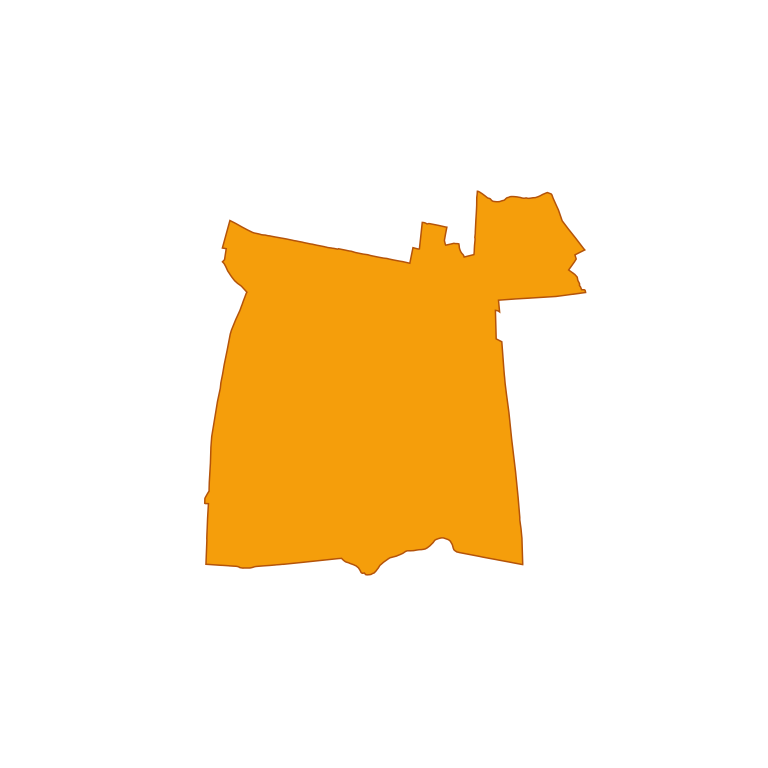 the district of Draguseni, Suceava, Romania, rotated 312°
{"feature_id": "2599482B30729987174468", "entity_name": "Draguseni", "entity_type": "district", "adm_level": 2, "iso_a3": "ROU", "parent_name": "Romania", "parent_adm1": "Suceava", "projection": "mercator", "projection_center": [26.522, 47.306], "detail": "fine", "context": "isolated", "style": "filled", "palette": "amber", "viewbox_px": 768, "rotation_deg": 312, "n_neighbors": 0, "source": "geoboundaries", "source_scale": "gbopen_adm2", "svg_char_len": 5427}
<svg xmlns="http://www.w3.org/2000/svg" viewBox="0 0 768 768"><g transform="rotate(312 384 384)"><path d="M176.3,423.9L177.4,424.8L180.4,427.7L181.1,428.3L182.5,429.6L182.6,429.8L195.4,441.4L203.4,448.6L223.4,466.6L225.8,468.9L226.0,469.1L225.9,471.9L226.1,474.1L226.2,474.5L226.4,475.1L227.3,477.0L227.5,477.4L227.6,477.9L228.1,479.3L229.3,482.2L230.2,485.2L230.2,486.5L230.3,487.8L230.0,489.1L229.5,490.9L228.8,492.6L228.6,493.2L228.7,493.9L228.8,494.5L230.0,495.6L230.4,495.9L230.2,496.9L230.2,497.1L230.1,498.0L230.9,499.2L232.7,500.9L233.7,501.7L235.7,502.4L237.0,503.1L239.6,503.2L241.6,503.0L243.3,502.9L246.0,502.4L246.4,502.3L247.8,502.5L251.2,502.9L254.8,503.7L256.6,504.1L258.5,504.6L258.8,504.7L264.6,508.5L265.6,508.9L268.0,510.1L270.8,511.3L274.1,512.1L275.6,512.9L275.7,513.0L278.2,515.7L280.0,517.5L281.0,518.3L282.1,519.1L283.8,520.5L285.0,521.6L285.7,522.4L287.5,523.9L288.3,524.5L289.0,525.0L290.4,525.5L290.6,525.6L291.3,525.8L292.4,526.0L294.6,526.4L299.2,526.6L300.0,526.5L301.8,526.3L303.0,526.6L305.7,528.0L307.2,529.0L307.7,529.4L308.0,529.6L308.6,530.2L309.4,531.2L310.0,532.6L310.6,534.0L311.4,536.0L311.6,537.6L311.5,538.7L310.3,542.3L308.3,545.4L307.6,546.9L307.6,547.7L307.6,548.4L307.9,550.1L307.9,550.5L308.4,551.3L308.9,552.2L309.0,552.5L319.7,570.2L321.3,573.0L326.0,580.7L328.6,584.9L329.6,586.6L331.2,589.2L336.4,597.7L337.7,599.9L342.6,607.9L343.0,607.6L345.7,605.0L355.4,595.7L361.7,589.7L362.5,588.8L363.5,587.7L368.1,582.7L373.9,575.8L375.7,574.2L389.5,559.5L406.8,540.5L428.5,515.7L446.5,495.8L452.2,489.1L458.3,481.9L465.4,473.7L466.7,472.3L469.6,469.2L471.2,467.4L474.5,463.9L494.2,443.3L492.6,437.2L493.2,436.6L513.3,417.5L514.3,419.1L514.7,420.0L514.9,421.7L522.9,413.0L535.3,424.9L543.1,432.6L564.1,453.2L586.9,472.6L587.5,471.8L587.7,471.5L588.0,471.1L588.2,470.5L588.1,469.9L586.3,467.7L587.6,465.2L588.0,463.5L588.3,463.0L589.2,462.5L589.7,461.4L590.7,458.7L592.7,456.1L593.1,452.5L592.3,444.9L602.2,443.8L605.5,443.2L607.7,439.5L609.6,440.2L614.2,442.0L618.0,443.5L618.1,442.4L618.3,441.2L620.6,428.9L622.6,417.0L624.5,407.2L630.0,397.3L632.1,392.4L635.2,385.4L636.9,382.2L637.1,381.1L635.6,377.3L634.3,376.6L630.9,375.0L628.5,374.2L626.3,373.2L623.8,371.8L622.2,370.2L619.5,368.0L618.4,366.9L617.8,365.9L617.4,365.1L616.3,364.3L615.4,363.4L614.6,362.1L613.8,360.4L613.0,359.2L612.1,357.7L610.7,355.8L609.6,354.4L608.4,353.1L607.6,352.4L606.3,351.8L605.6,351.4L604.8,350.8L604.2,350.7L603.2,350.5L602.2,350.5L601.1,350.4L600.2,349.8L599.0,349.0L597.0,347.9L596.2,347.2L595.5,346.5L594.7,345.6L593.9,344.5L593.0,343.2L592.6,342.4L592.5,341.8L592.5,340.8L592.7,339.1L592.5,338.3L591.9,337.2L591.6,336.4L591.4,332.9L591.1,329.6L590.6,326.5L590.3,325.6L590.1,324.8L589.7,324.4L589.1,324.9L587.0,326.5L586.0,327.2L584.7,328.1L578.7,333.4L575.9,335.7L574.3,337.0L572.2,338.7L566.9,342.9L557.7,350.4L557.5,350.7L553.6,353.5L553.3,354.0L552.4,354.9L551.4,355.7L547.6,358.5L544.5,361.0L543.0,362.3L541.0,363.8L540.3,364.2L532.0,358.6L532.8,357.2L533.0,356.2L533.1,355.5L533.1,354.7L533.5,353.0L533.8,352.2L534.3,351.1L534.9,350.0L535.6,348.9L536.9,347.5L538.2,345.9L537.9,345.3L537.1,344.2L536.2,343.2L535.7,342.4L535.2,341.7L533.7,340.7L528.5,337.0L529.1,335.7L529.7,334.8L530.4,333.8L530.8,333.1L531.2,332.8L531.9,332.3L536.9,329.2L542.6,325.8L541.7,324.4L538.3,318.3L534.6,312.1L533.7,310.6L533.4,310.2L532.8,309.6L532.2,309.3L531.7,308.7L531.6,308.2L531.3,307.0L530.7,305.7L529.7,304.3L518.5,312.4L508.1,319.9L507.9,319.7L507.2,319.1L504.7,314.3L497.9,318.3L491.0,322.4L487.4,315.9L485.9,313.6L483.4,309.5L482.2,307.5L480.3,304.2L479.2,302.1L477.3,299.5L474.3,294.6L470.5,288.1L469.2,285.4L466.6,281.6L462.6,274.8L460.8,270.9L459.5,269.0L457.5,265.5L454.0,259.6L453.2,259.4L452.6,258.3L451.3,256.1L450.3,254.7L449.8,253.8L449.3,253.1L448.5,252.0L447.6,250.6L447.2,249.7L446.7,248.9L446.1,247.7L445.5,246.7L445.2,246.2L443.4,243.2L442.3,241.4L441.0,239.1L439.9,237.1L439.2,236.1L438.5,235.0L437.3,232.9L435.7,230.2L434.7,228.3L433.6,226.5L432.4,224.5L431.8,223.4L430.5,221.4L430.3,221.1L429.5,219.6L427.9,216.9L426.7,214.8L424.8,211.7L423.4,209.5L421.8,206.9L420.3,204.5L418.6,201.7L417.7,200.1L416.6,198.6L415.1,195.9L414.1,194.7L413.0,193.1L411.9,190.8L410.7,188.7L409.5,186.7L408.7,184.9L408.2,183.1L407.2,179.6L406.2,175.6L405.6,173.2L404.3,167.3L403.7,164.9L402.4,160.1L397.2,162.7L376.9,172.9L379.0,176.2L374.4,179.2L369.7,182.3L366.7,182.2L366.7,182.7L366.5,184.6L365.4,187.7L363.4,192.3L362.6,195.5L362.1,197.3L361.6,199.5L361.1,202.2L360.8,204.0L360.8,207.8L360.9,208.7L361.1,210.4L361.3,212.6L360.5,220.7L359.1,221.0L354.8,222.7L351.4,224.0L348.1,225.4L346.7,225.9L342.3,227.7L332.7,230.7L321.9,234.6L318.3,236.3L304.4,244.7L291.3,252.4L286.1,255.7L282.6,257.9L281.4,258.6L275.7,262.0L271.3,265.2L259.5,272.0L252.2,276.7L229.7,291.1L220.9,297.9L220.7,298.1L209.0,308.0L194.1,319.9L189.5,323.8L187.3,325.7L185.8,325.9L183.9,326.3L179.9,327.2L179.1,327.5L178.6,327.9L175.4,330.6L175.5,331.1L177.6,333.6L166.1,342.8L158.3,349.3L154.4,352.5L150.6,355.7L149.4,356.9L130.9,372.3L140.3,384.3L141.0,385.1L145.4,390.7L145.4,390.8L148.4,394.6L149.3,395.7L149.9,396.5L150.7,397.9L151.1,399.4L151.1,399.7L152.7,402.2L153.7,403.2L157.3,407.2L157.5,407.4L157.7,407.6L158.6,408.2L158.9,408.5L160.2,409.3L161.6,410.1L162.4,410.7L162.5,410.8L163.1,411.3L168.6,416.5L172.1,419.9L172.6,420.4L175.4,423.0L176.2,423.7L176.3,423.9Z" fill="#f59e0b" stroke="#b45309" stroke-width="1.5"/></g></svg>